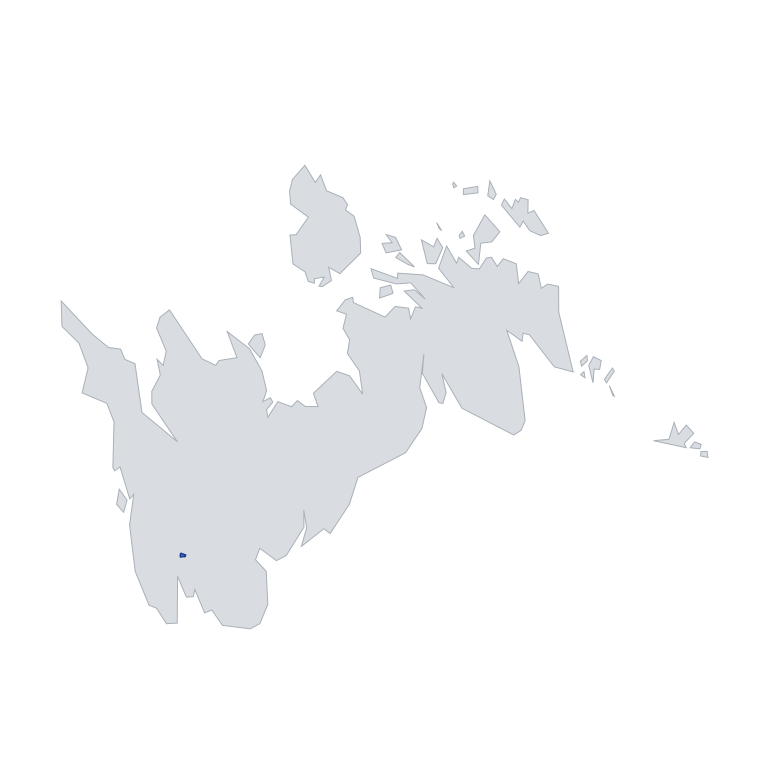 Waltham Forest highlighted on a map of United Kingdom, rotated 83°
{"feature_id": "GBR-2078", "entity_name": "Waltham Forest", "entity_type": "London Borough", "adm_level": 1, "iso_a3": "GBR", "parent_name": "United Kingdom", "parent_adm1": "", "projection": "robinson", "projection_center": [-0.018, 51.6], "detail": "fine", "context": "in_parent", "style": "filled", "palette": "blue", "viewbox_px": 768, "rotation_deg": 83, "n_neighbors": 0, "source": "natural_earth", "source_scale": "10m", "svg_char_len": 4282}
<svg xmlns="http://www.w3.org/2000/svg" viewBox="0 0 768 768"><g transform="rotate(83 384 384)"><path d="M416.2,596.1L375.6,616.8L363.0,615.4L347.9,604.9L331.8,606.2L338.6,600.9L324.9,596.1L300.6,602.9L290.4,598.2L284.3,587.9L336.9,561.5L345.0,548.8L340.6,544.9L340.0,526.7L312.9,533.2L332.6,513.2L356.1,503.6L376.4,501.3L386.8,506.4L383.8,498.4L388.5,496.6L395.1,503.7L402.9,503.4L388.6,491.5L395.3,478.5L389.9,471.9L396.7,465.0L398.4,452.2L384.6,455.2L365.7,429.4L371.7,417.1L391.5,406.4L368.0,406.8L349.2,416.6L335.9,412.7L323.7,417.9L310.1,412.7L305.6,422.0L295.7,412.1L294.2,404.5L299.5,404.4L317.7,374.9L308.4,363.5L311.8,350.3L322.7,349.7L311.2,343.3L313.4,337.1L294.2,352.6L294.2,342.4L304.7,332.8L286.8,345.1L286.2,359.4L277.6,381.3L268.0,382.8L280.9,357.6L275.6,356.9L280.5,331.8L297.1,302.7L275.8,315.7L254.7,305.0L273.0,297.2L267.3,294.4L279.8,282.9L281.4,275.4L271.4,267.0L271.3,261.9L281.2,257.3L274.2,250.4L280.8,238.1L300.8,238.1L289.9,227.3L293.5,217.6L308.2,216.2L304.8,209.2L308.4,198.8L334.1,201.8L395.1,194.8L387.7,212.9L352.8,233.7L350.6,239.8L358.4,241.7L345.7,255.6L383.3,248.0L437.5,248.4L446.7,253.6L450.4,261.5L417.5,309.6L380.8,325.3L400.0,323.4L410.4,327.9L409.3,331.7L378.0,344.6L358.9,340.7L392.1,349.0L412.5,344.6L432.8,351.8L454.8,370.9L473.5,421.2L499.1,433.0L525.9,455.7L520.3,461.4L535.1,485.8L517.4,478.3L499.4,479.0L516.3,480.9L542.3,501.9L546.2,512.3L531.9,527.3L542.7,533.0L555.6,523.7L588.6,526.2L606.6,536.3L610.7,546.6L603.9,573.7L587.3,582.5L589.3,589.9L564.9,596.8L571.8,599.1L571.5,606.1L549.7,612.3L596.1,618.4L595.4,629.1L578.8,637.1L574.9,644.2L539.5,653.8L492.9,653.7L463.2,645.9L467.0,650.4L434.2,656.1L437.4,661.8L433.9,663.3L388.6,656.6L369.4,661.5L356.0,684.7L331.9,675.7L306.5,681.7L287.6,696.6L262.3,694.3L299.1,667.4L314.2,653.0L317.3,641.2L328.0,638.2L333.4,628.7L382.7,627.7L416.2,596.1ZM253.7,459.7L224.7,459.2L225.1,453.1L209.2,438.7L194.0,454.8L181.1,454.2L169.9,450.0L157.3,435.9L175.6,427.6L168.7,421.5L185.3,417.4L194.0,402.1L201.3,398.4L206.6,400.9L213.9,393.2L235.6,389.8L251.2,391.2L269.1,414.4L261.3,424.8L274.9,423.5L279.7,433.2L279.0,436.6L270.6,430.2L271.0,440.2L275.5,440.8L273.0,446.6L262.9,448.8L253.7,459.7ZM255.8,210.4L249.7,220.5L239.3,226.0L244.9,230.1L220.6,245.7L215.1,242.0L225.5,235.7L216.8,231.1L220.1,228.4L215.7,225.8L218.7,218.5L232.0,220.4L230.1,214.0L254.4,202.4L255.8,210.4ZM256.1,259.7L256.0,270.7L276.7,275.7L262.0,286.2L260.3,277.2L247.4,277.1L228.4,263.3L247.0,250.5L256.1,259.7ZM470.7,82.6L479.5,93.2L484.1,91.8L473.1,123.4L473.6,107.9L457.5,100.7L470.1,97.9L461.6,89.0L470.7,82.6ZM269.8,326.4L245.5,329.3L253.9,318.0L245.9,313.5L255.9,309.1L270.9,318.0L269.8,326.4ZM330.8,497.1L342.9,503.7L327.7,513.8L319.6,506.4L319.1,498.9L330.8,497.1ZM253.0,350.2L254.1,365.9L244.2,368.8L244.8,358.8L236.0,363.6L239.9,354.6L253.0,350.2ZM395.8,168.2L394.8,173.6L408.3,176.4L390.5,178.5L382.4,172.8L387.2,165.6L395.8,168.2ZM298.2,377.9L288.0,376.0L286.6,365.3L295.1,364.0L298.2,377.9ZM479.6,658.1L470.8,664.1L456.2,659.6L468.0,653.2L479.6,658.1ZM259.9,356.9L255.4,352.4L271.6,339.4L268.1,345.9L259.9,356.9ZM209.3,249.5L214.2,252.8L209.9,258.1L195.3,254.2L209.3,249.5ZM205.7,282.1L199.9,281.3L199.3,266.9L205.7,267.4L205.7,282.1ZM484.6,87.9L479.3,82.9L482.5,76.5L486.8,78.4L484.6,87.9ZM410.0,163.1L406.2,164.6L396.0,155.3L399.4,153.9L410.0,163.1ZM390.4,185.7L385.4,186.4L380.4,179.1L385.8,179.3L390.4,185.7ZM496.3,71.4L494.0,78.5L489.8,77.7L490.2,71.5L496.3,71.4ZM423.2,158.3L413.0,160.6L424.3,156.8L423.2,158.3ZM248.7,290.8L245.7,291.4L242.0,287.7L247.0,285.9L248.7,290.8ZM402.3,183.8L398.7,187.8L396.1,184.0L402.3,183.8ZM236.6,310.2L230.3,312.1L238.8,308.0L236.6,310.2ZM197.8,290.7L193.8,291.5L192.2,290.3L196.3,287.7L197.8,290.7Z" fill="#d9dde1" stroke="#a8b0b8" stroke-width="1"/><path d="M528.4,604.4L528.4,604.2L528.4,603.9L528.4,603.7L528.5,603.6L528.8,603.4L529.0,603.2L529.1,602.7L529.1,602.4L529.7,601.7L529.8,601.7L530.8,602.2L531.1,602.9L530.7,603.1L530.6,603.3L530.9,603.6L531.0,603.9L531.0,604.0L530.8,604.5L530.7,605.3L531.0,606.1L530.9,607.1L529.3,607.2L528.8,606.8L528.7,606.8L528.1,606.8L527.9,606.8L527.5,606.5L527.3,606.0L527.5,605.8L527.5,605.7L527.6,605.4L527.7,605.2L527.8,605.2L528.0,604.9L528.1,604.7L528.4,604.4Z" fill="#3b82f6" stroke="#1e3a8a" stroke-width="1.5"/></g></svg>